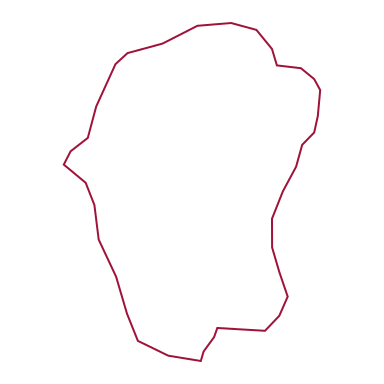 Nzérékoré, Robinson projection
{"feature_id": "GIN-5655", "entity_name": "Nzérékoré", "entity_type": "Prefecture", "adm_level": 1, "iso_a3": "GIN", "parent_name": "Guinea", "parent_adm1": "", "projection": "robinson", "projection_center": [-8.704, 7.993], "detail": "fine", "context": "isolated", "style": "outline", "palette": "rose", "viewbox_px": 384, "rotation_deg": 0, "n_neighbors": 0, "source": "natural_earth", "source_scale": "10m", "svg_char_len": 565}
<svg xmlns="http://www.w3.org/2000/svg" viewBox="0 0 384 384"><path d="M265.0,330.8L217.3,328.0L214.1,337.1L203.6,351.5L200.8,361.0L168.3,355.7L137.9,340.9L127.0,313.7L116.1,276.7L98.7,239.6L94.4,205.0L85.7,182.8L63.8,164.6L70.6,151.3L87.8,137.9L96.2,106.5L115.5,64.1L127.5,53.1L162.5,43.6L197.4,25.8L231.1,23.0L256.4,29.9L272.0,49.0L276.9,65.4L300.9,68.2L314.2,79.1L320.2,90.1L317.8,116.1L314.2,132.5L302.2,144.8L296.1,166.7L282.9,191.3L272.0,218.7L272.1,247.4L279.3,272.0L287.7,296.6L279.3,315.8L265.0,330.8Z" fill="none" stroke="#9f1239" stroke-width="2"/></svg>